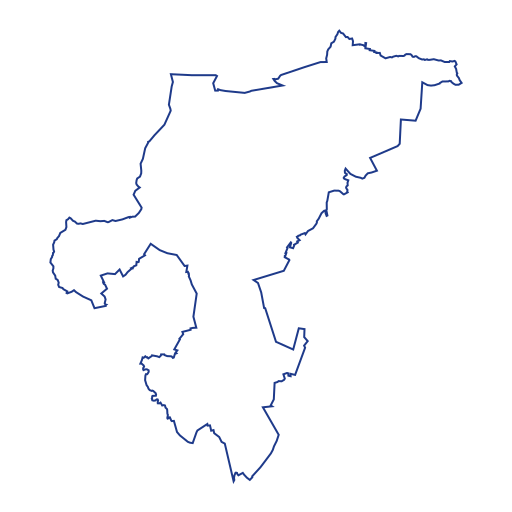 the district of Atotonilco de Tula, Hidalgo, Mexico
{"feature_id": "50627088B84113731663943", "entity_name": "Atotonilco de Tula", "entity_type": "district", "adm_level": 2, "iso_a3": "MEX", "parent_name": "Mexico", "parent_adm1": "Hidalgo", "projection": "mercator", "projection_center": [-99.239, 19.96], "detail": "fine", "context": "isolated", "style": "outline", "palette": "blue", "viewbox_px": 512, "rotation_deg": 0, "n_neighbors": 0, "source": "geoboundaries", "source_scale": "gbopen_adm2", "svg_char_len": 5954}
<svg xmlns="http://www.w3.org/2000/svg" viewBox="0 0 512 512"><path d="M233.6,481.3L234.3,480.0L234.0,477.9L234.4,475.5L235.5,472.8L235.9,472.6L237.0,472.9L237.4,474.1L238.4,475.3L242.8,472.9L244.1,474.7L246.9,477.7L249.8,479.9L252.3,477.3L252.2,476.3L260.4,467.3L263.9,462.7L270.9,453.4L272.8,449.9L274.0,446.3L276.7,440.9L278.7,434.8L262.9,407.3L272.0,406.3L270.7,405.4L273.8,399.4L274.6,382.9L277.5,382.0L278.6,381.1L281.6,381.3L284.1,379.8L284.8,378.6L283.4,374.3L287.0,373.0L288.2,373.3L288.4,375.7L290.6,376.2L290.5,373.8L295.1,374.9L305.1,347.7L304.1,345.6L307.7,341.1L304.2,337.1L304.5,329.1L298.8,328.3L293.2,349.5L276.0,341.8L265.2,308.2L264.1,308.0L261.2,292.4L258.0,283.0L253.6,280.0L283.8,270.8L289.4,260.1L289.2,259.6L284.7,257.2L284.8,256.2L285.2,256.3L286.3,253.1L285.5,253.0L287.5,248.1L287.0,247.4L290.8,242.4L291.2,242.9L289.9,247.3L293.1,248.2L294.2,245.5L294.0,244.8L297.8,242.6L297.2,241.4L299.6,240.2L297.4,238.0L296.9,236.8L297.9,236.4L298.2,235.8L300.1,235.3L300.5,234.7L304.8,233.1L305.5,234.4L308.0,231.0L313.0,228.3L316.4,223.7L316.9,222.5L316.8,221.3L318.7,218.7L321.5,213.2L324.1,210.8L325.3,210.5L325.6,213.2L326.6,215.9L327.4,215.5L326.3,210.0L326.8,209.3L326.7,202.5L327.3,200.8L328.8,192.3L334.2,190.6L338.6,190.7L339.9,191.2L343.5,194.3L344.1,194.3L347.7,192.3L347.2,191.5L347.5,190.0L346.3,188.3L346.1,187.3L346.6,186.3L347.7,185.4L347.5,182.8L348.3,180.3L345.4,179.3L344.1,178.6L343.7,177.9L344.5,176.5L346.7,175.1L346.8,174.1L345.1,173.0L344.9,172.3L344.8,170.7L345.6,168.6L350.4,173.9L355.8,176.7L360.7,177.8L362.3,178.6L364.4,177.8L365.6,175.6L367.8,173.3L371.6,172.5L376.9,170.7L370.1,157.9L397.6,146.1L399.7,143.8L400.9,119.5L415.6,120.7L420.6,108.7L422.3,82.3L427.5,85.1L431.0,85.6L434.6,85.2L439.7,83.5L439.9,83.0L442.4,81.5L448.3,81.4L449.6,80.8L451.1,81.2L451.4,82.0L453.5,83.7L455.5,84.8L458.7,84.7L461.6,82.9L459.7,80.2L458.9,78.1L456.9,75.5L456.8,74.4L457.3,73.3L456.8,72.7L456.1,68.9L454.8,66.4L456.6,64.4L455.4,61.5L454.6,60.9L452.5,61.5L449.8,61.1L449.2,62.0L444.7,62.0L440.9,60.4L438.6,60.5L433.8,59.2L429.4,59.9L428.0,59.9L427.1,59.3L425.5,59.8L424.6,59.9L423.9,59.3L422.1,59.5L418.8,58.2L416.4,56.3L415.2,56.2L413.9,56.9L412.6,56.7L411.5,55.0L410.4,54.2L406.4,54.1L405.1,54.8L404.5,55.6L403.4,56.0L399.1,55.9L398.2,56.4L396.3,55.8L393.1,56.7L392.0,57.4L390.1,57.0L385.5,58.3L380.6,55.5L379.8,52.9L376.5,53.0L376.5,52.4L374.2,52.0L374.4,50.9L369.7,50.2L369.9,49.0L365.4,48.3L366.1,43.1L365.4,43.0L365.2,46.8L363.4,45.2L361.0,44.6L359.8,44.7L359.7,44.3L352.7,45.2L353.0,41.2L352.1,38.5L349.4,39.0L347.6,37.0L345.9,37.1L343.1,33.5L340.9,32.8L339.3,30.7L338.1,32.0L337.4,34.2L335.5,37.0L335.4,38.7L333.9,41.7L331.3,43.3L330.6,46.7L328.2,49.4L327.3,51.5L327.1,54.8L326.2,58.4L326.7,62.0L320.4,62.1L304.6,67.1L281.1,75.0L280.2,75.7L278.2,78.7L275.1,79.4L274.6,78.9L273.4,79.0L274.7,81.0L277.0,83.2L282.6,85.5L251.3,90.8L249.9,91.5L244.7,92.9L225.5,91.0L220.3,90.1L218.1,89.3L217.9,90.6L215.2,90.6L213.2,83.2L217.0,76.0L215.7,75.2L191.8,75.2L170.9,74.2L172.9,82.0L171.7,86.4L168.9,104.7L170.4,108.9L170.7,110.7L164.4,124.7L154.5,135.2L149.4,141.3L148.1,141.9L148.2,142.6L145.2,148.2L142.9,158.8L140.6,163.7L141.3,170.8L141.2,173.4L140.0,176.6L137.2,178.5L136.6,180.2L136.2,183.0L136.6,184.5L138.3,186.5L139.7,187.5L135.3,190.8L133.6,194.7L141.6,207.6L141.3,209.2L138.8,213.0L135.1,216.6L132.4,216.7L129.9,217.6L129.9,216.9L128.5,217.1L122.4,219.4L115.5,221.0L112.4,220.1L108.5,222.1L107.6,222.2L104.3,220.9L100.4,221.2L95.7,220.7L82.8,224.0L80.5,223.4L78.6,223.8L77.0,223.6L74.9,221.6L73.0,220.8L70.7,218.3L69.4,217.6L68.1,219.2L66.4,220.2L66.1,222.1L66.4,227.1L65.4,229.8L60.3,232.9L59.0,236.1L57.2,238.2L56.8,239.2L54.5,240.6L54.2,242.3L53.1,244.7L53.5,249.7L54.1,251.4L53.7,252.5L53.1,252.8L52.8,255.2L52.1,256.1L52.1,257.0L50.8,259.1L50.4,262.5L53.4,266.3L53.4,268.3L52.7,270.6L53.0,272.4L55.2,275.6L55.7,278.7L57.6,279.9L57.9,280.5L58.7,282.7L58.2,284.8L59.1,287.0L62.5,288.0L63.4,289.2L67.3,291.4L66.6,293.0L67.3,293.4L71.6,291.8L74.0,290.2L76.0,292.1L83.1,296.6L91.3,300.3L94.5,308.2L105.7,305.9L105.6,305.2L106.2,304.7L105.4,304.5L104.7,303.3L105.6,299.4L104.6,296.5L101.3,293.5L107.0,288.7L105.1,284.7L103.8,283.9L103.2,282.7L103.1,282.3L104.0,282.2L100.8,275.6L107.5,273.4L115.0,274.1L119.6,269.5L123.1,276.4L125.5,274.8L127.6,272.1L131.5,268.7L131.1,268.2L133.0,267.3L133.1,267.6L133.8,266.3L136.3,265.3L136.6,261.9L138.0,262.2L138.7,261.9L139.1,258.8L145.0,255.3L144.1,254.2L150.7,243.8L159.7,250.1L167.3,253.2L176.7,255.0L184.6,266.0L187.4,265.6L186.3,272.0L187.9,271.8L188.4,273.7L188.8,273.6L189.0,275.8L188.8,276.4L190.6,280.4L191.8,284.4L196.7,293.6L193.4,316.7L196.3,327.7L192.8,327.9L190.5,328.4L190.6,329.8L182.4,331.9L183.2,334.2L179.4,338.8L179.9,339.4L174.3,349.4L177.3,350.4L175.6,352.6L176.4,353.3L174.9,353.9L173.8,357.5L172.9,357.9L171.7,356.5L171.1,356.3L167.2,356.1L164.6,355.1L164.3,354.4L161.1,354.4L160.9,355.5L159.3,357.1L157.1,356.3L152.2,355.4L152.2,355.7L148.3,358.4L147.2,357.2L146.5,357.4L145.3,356.3L143.7,357.8L142.6,357.4L141.9,360.1L140.4,363.6L141.6,363.6L143.7,365.5L144.1,366.6L143.2,368.0L143.1,369.2L143.5,370.1L145.3,369.4L146.8,369.3L148.6,370.3L148.7,371.8L147.9,373.2L147.2,374.2L145.9,374.2L145.4,375.7L145.1,380.2L146.6,385.2L147.8,386.8L148.5,388.7L149.7,390.1L151.7,390.9L152.4,390.6L153.3,391.0L155.6,393.1L156.1,394.5L155.9,395.7L152.5,395.9L152.2,396.3L152.1,398.2L151.8,398.5L152.3,400.3L153.7,400.7L155.3,400.5L156.7,399.4L157.6,399.4L158.1,400.4L157.7,402.0L157.8,403.3L159.3,403.4L160.5,402.6L162.2,405.5L163.8,405.1L165.0,405.5L165.5,407.6L167.0,409.1L167.2,410.0L167.4,413.8L167.9,414.9L167.3,418.0L167.6,418.6L168.5,418.3L168.9,417.3L169.9,417.3L171.2,420.5L171.8,421.1L173.9,420.9L177.0,432.0L179.9,435.4L187.8,441.8L190.0,442.7L192.7,443.1L196.5,432.3L197.4,430.5L207.3,424.0L207.6,425.6L210.0,425.4L211.2,430.7L213.5,430.1L214.2,433.2L219.2,437.0L221.6,441.9L224.8,443.6L233.6,481.3Z" fill="none" stroke="#1e3a8a" stroke-width="2"/></svg>